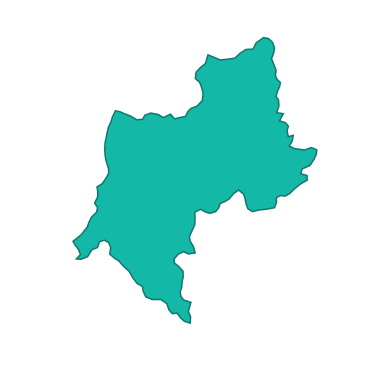 Marilac, Minas Gerais, Brazil, rotated 67°
{"feature_id": "56859067B78611277191853", "entity_name": "Marilac", "entity_type": "district", "adm_level": 2, "iso_a3": "BRA", "parent_name": "Brazil", "parent_adm1": "Minas Gerais", "projection": "robinson", "projection_center": [-42.067, -18.5], "detail": "fine", "context": "isolated", "style": "filled", "palette": "teal", "viewbox_px": 384, "rotation_deg": 67, "n_neighbors": 0, "source": "geoboundaries", "source_scale": "gbopen_adm2", "svg_char_len": 2294}
<svg xmlns="http://www.w3.org/2000/svg" viewBox="0 0 384 384"><g transform="rotate(67 192 192)"><path d="M208.4,324.6L210.6,320.5L210.7,313.3L206.0,306.7L206.2,300.6L201.6,296.7L202.1,291.5L206.0,288.4L211.2,288.5L217.1,292.0L222.6,289.2L227.0,286.2L231.3,284.9L235.9,283.0L240.7,280.8L248.0,280.0L254.7,278.3L259.7,274.5L264.0,275.7L270.5,275.5L275.5,270.6L278.7,262.8L285.0,258.8L291.3,259.3L296.3,257.7L297.6,253.1L303.0,251.8L308.0,249.6L312.0,244.9L306.1,242.0L300.7,242.1L296.5,238.8L293.1,236.1L288.1,241.9L284.0,242.9L279.6,242.1L275.8,238.8L270.7,236.1L266.6,233.2L261.3,231.2L254.8,233.5L250.6,235.9L246.7,234.7L243.9,229.0L243.6,223.2L247.6,219.5L249.3,212.9L242.5,212.0L236.5,212.9L232.0,211.8L227.7,207.1L223.1,202.1L217.7,199.6L211.8,197.3L211.2,190.9L215.7,187.4L218.6,183.9L219.3,177.9L217.1,173.7L213.6,170.5L213.6,165.2L212.9,160.5L209.7,154.3L208.4,148.4L214.3,145.2L219.4,145.8L224.4,146.9L229.2,147.1L233.7,144.1L234.8,137.1L237.0,129.9L238.7,122.2L234.5,118.2L230.2,116.7L229.8,112.2L232.2,107.8L231.7,103.1L229.1,96.4L227.0,88.8L226.1,81.3L221.6,79.7L217.9,84.8L213.8,81.6L213.6,72.9L209.6,66.9L205.6,62.7L201.9,60.7L197.7,64.9L197.3,72.1L194.8,76.1L192.2,80.5L187.6,84.6L184.6,80.2L179.4,76.6L178.7,81.8L172.7,80.5L169.1,77.6L164.7,78.8L160.7,83.7L155.6,77.3L152.1,83.1L146.7,78.3L140.9,76.4L136.9,77.3L132.8,74.1L129.3,70.2L125.7,67.9L121.6,69.7L117.3,69.7L112.7,67.0L107.2,66.9L100.3,66.7L96.2,62.7L91.4,59.7L85.6,59.4L80.6,61.7L77.8,65.9L79.8,74.6L84.3,80.1L81.9,86.4L83.0,93.3L85.5,100.3L83.5,107.7L81.7,114.2L77.6,118.2L72.0,123.7L75.2,126.4L78.9,129.3L80.6,135.1L83.3,141.4L88.9,144.6L94.1,142.1L99.7,142.3L105.7,143.3L111.9,146.8L114.9,153.8L114.6,160.1L116.4,164.5L119.9,168.5L118.7,174.0L117.9,179.5L111.9,181.4L112.3,189.4L107.5,192.7L103.2,199.1L102.9,205.4L105.8,209.1L104.0,214.6L97.8,219.1L93.5,223.7L90.4,226.5L87.3,230.7L92.1,236.2L95.8,239.2L99.7,243.6L104.9,247.4L108.7,249.9L112.7,252.8L119.2,255.9L125.2,257.9L129.2,258.8L133.2,259.3L137.6,259.6L142.4,261.5L145.8,266.0L149.2,271.2L150.2,277.5L154.7,278.5L159.7,280.8L164.2,286.0L169.4,285.0L173.3,287.7L175.9,294.4L179.9,299.0L183.5,302.2L185.4,306.2L187.8,310.1L189.3,314.8L190.9,320.8L195.4,320.3L200.6,318.9L206.0,319.1L208.4,324.6Z" fill="#14b8a6" stroke="#0f766e" stroke-width="1.5"/></g></svg>